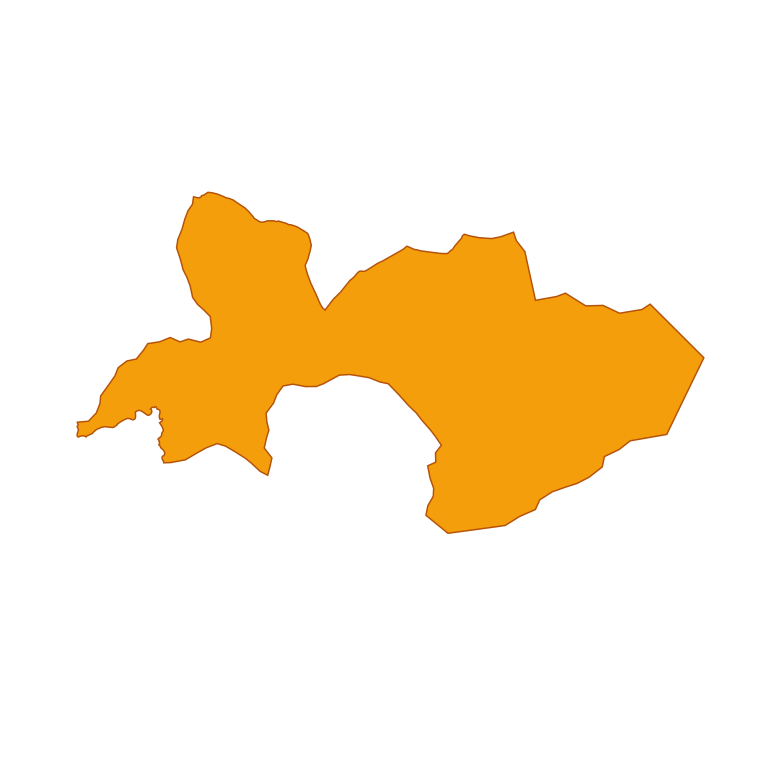 outline of Bahr-Köh, Moyen-Chari, Chad, rotated 124°
{"feature_id": "50815135B48101754695472", "entity_name": "Bahr-Köh", "entity_type": "district", "adm_level": 2, "iso_a3": "TCD", "parent_name": "Chad", "parent_adm1": "Moyen-Chari", "projection": "orthographic", "projection_center": [18.409, 9.514], "detail": "fine", "context": "isolated", "style": "filled", "palette": "amber", "viewbox_px": 768, "rotation_deg": 124, "n_neighbors": 0, "source": "geoboundaries", "source_scale": "gbopen_adm2", "svg_char_len": 5319}
<svg xmlns="http://www.w3.org/2000/svg" viewBox="0 0 768 768"><g transform="rotate(124 384 384)"><path d="M195.5,341.2L191.2,354.3L188.6,357.8L185.7,361.5L196.6,369.5L203.2,376.0L209.4,386.7L213.2,395.6L215.0,401.2L215.4,401.3L216.8,401.6L217.6,401.8L220.1,401.2L222.8,401.7L226.8,402.1L227.4,402.2L229.0,402.4L229.6,402.4L230.2,402.5L231.4,402.5L231.7,402.5L233.7,402.4L235.3,403.0L236.2,403.4L237.4,403.6L239.0,403.9L240.7,404.7L243.9,409.7L245.0,411.8L247.2,416.2L248.9,419.6L249.6,421.0L249.9,421.6L250.6,423.0L251.3,424.4L253.3,428.4L253.6,429.4L253.7,429.8L253.8,430.1L254.1,431.3L254.7,432.5L255.5,434.1L256.4,439.2L256.8,441.2L257.0,442.1L259.4,442.8L259.6,442.8L261.3,443.3L261.6,443.5L263.6,444.4L274.9,450.0L283.1,454.1L288.0,457.0L290.9,458.2L294.2,459.6L294.5,459.7L300.0,462.3L301.4,463.0L303.8,467.0L305.5,467.8L306.0,468.0L306.8,468.1L312.2,468.7L315.1,469.5L317.5,470.2L326.3,470.9L327.4,471.0L330.3,471.3L332.5,471.4L335.5,472.1L339.6,472.9L340.9,473.2L343.3,473.5L346.3,473.8L349.1,473.8L351.3,474.0L355.7,474.1L355.1,477.9L353.8,480.7L352.3,483.3L347.1,491.4L343.9,496.9L342.8,498.7L341.7,500.6L336.3,508.1L335.6,509.0L335.1,509.6L332.3,513.0L331.7,513.7L331.1,514.3L329.8,515.6L329.5,515.8L326.9,516.2L324.8,516.6L322.6,517.1L314.9,519.7L309.7,521.8L308.9,522.7L308.4,523.2L307.6,524.1L305.3,526.5L304.8,527.2L303.5,529.1L302.8,529.7L301.8,532.1L301.8,532.8L301.9,534.8L302.1,540.7L302.2,541.7L302.2,543.2L302.8,546.0L303.0,546.7L303.2,547.3L303.9,549.8L304.4,550.8L305.2,552.2L305.5,554.9L306.7,558.6L307.6,561.5L307.9,562.7L308.1,562.8L308.5,563.1L308.8,563.3L309.3,563.7L309.8,564.9L310.2,566.4L314.0,572.0L316.5,573.9L318.1,575.6L318.2,575.8L318.5,576.5L319.1,578.5L319.2,583.4L319.2,584.4L319.2,584.5L318.8,585.4L318.4,586.3L318.2,587.2L317.8,588.7L317.0,591.5L316.7,592.6L316.1,596.0L316.0,596.6L315.8,597.2L315.8,599.9L315.9,608.3L315.8,610.7L315.8,611.4L315.8,611.7L316.3,614.0L316.6,615.7L317.3,617.3L317.9,619.0L318.1,620.3L318.5,622.8L319.7,628.1L320.0,629.0L321.0,631.9L321.3,632.8L321.9,634.0L323.5,637.1L326.5,638.4L327.4,638.6L327.6,638.6L329.1,639.9L329.9,640.5L331.6,640.4L332.4,641.0L333.6,642.1L335.0,645.8L335.3,646.6L342.0,643.3L349.8,643.4L358.8,641.3L368.6,638.0L379.6,635.7L387.1,632.1L393.9,623.2L401.6,614.4L405.8,607.0L411.2,599.4L419.2,591.1L422.3,582.9L423.3,575.2L425.2,565.8L434.3,557.9L442.8,553.7L451.8,559.3L456.2,571.4L463.2,576.7L465.0,587.2L474.5,593.6L482.6,602.4L490.3,602.3L501.8,603.3L508.8,610.1L519.1,613.5L527.8,611.6L539.2,611.8L552.3,612.2L559.2,608.5L568.9,606.3L580.1,608.2L587.2,616.9L587.3,616.9L588.8,614.7L590.8,614.6L591.4,614.0L591.5,613.9L591.6,613.7L592.2,612.4L593.1,611.6L593.3,611.5L596.7,610.5L598.5,609.5L598.6,609.4L599.0,608.7L598.8,607.6L597.9,607.2L597.4,606.9L596.4,605.9L595.5,604.9L594.6,603.0L594.4,602.7L594.5,601.4L593.1,601.2L591.3,600.1L588.4,598.3L588.2,598.2L585.7,597.8L585.5,597.7L582.4,596.9L577.7,593.8L575.5,591.6L574.7,590.0L572.3,585.6L571.9,584.7L571.3,584.2L570.5,583.6L566.7,582.3L565.9,582.6L563.2,581.4L562.8,581.3L558.9,579.4L556.9,578.1L556.2,577.6L555.8,577.0L555.2,576.2L554.1,572.0L552.6,571.1L551.6,571.1L549.8,571.8L548.2,573.0L546.4,574.4L545.1,573.9L544.7,573.8L542.9,572.6L542.2,570.6L542.0,568.9L542.0,568.7L542.1,565.4L542.1,563.3L541.9,562.0L541.0,561.3L540.5,561.0L538.7,560.6L537.4,560.8L537.2,560.8L536.0,561.6L535.2,562.8L535.4,563.7L535.0,563.6L534.8,563.5L534.6,563.5L534.1,563.5L533.5,563.5L533.1,563.3L532.8,563.1L532.0,561.3L531.3,561.1L530.7,561.0L530.4,560.4L531.3,558.6L531.7,558.0L531.5,557.7L531.2,556.9L531.2,555.4L531.9,554.3L534.9,552.9L535.6,552.8L536.9,551.8L538.3,550.6L538.3,550.3L538.3,550.1L538.4,549.8L538.3,549.7L538.2,549.5L537.8,549.3L537.3,548.9L537.0,548.6L536.7,548.3L537.1,547.8L537.4,547.5L539.1,547.4L541.7,548.4L542.3,546.8L543.3,544.4L544.6,542.5L545.2,541.6L545.5,541.4L546.2,540.8L547.7,540.8L549.0,540.7L551.6,539.5L553.0,539.6L554.1,540.2L554.5,540.3L555.3,540.5L555.5,540.5L556.2,540.4L556.5,539.5L556.5,539.3L556.7,538.7L557.7,538.1L558.3,537.0L560.1,536.7L560.3,536.7L560.3,536.4L560.5,535.8L560.7,534.8L561.7,533.4L562.3,529.5L562.6,529.1L563.3,527.7L564.3,526.9L564.7,526.6L565.6,526.5L566.3,526.4L566.5,526.6L566.8,526.7L567.7,527.2L568.3,527.1L569.2,526.9L569.4,526.6L570.2,525.9L571.5,523.5L572.5,522.5L568.4,516.9L558.0,506.3L546.5,500.8L536.1,495.6L526.7,489.0L524.1,480.6L523.4,468.7L523.1,456.9L523.9,448.9L525.7,437.8L524.7,429.4L516.4,432.3L508.0,435.6L504.0,447.5L494.0,451.4L486.7,453.6L481.0,459.8L474.1,465.5L461.7,464.9L452.7,466.9L442.1,466.6L435.1,459.5L430.0,447.6L423.9,438.7L417.4,434.2L410.2,430.5L401.6,426.0L395.3,417.7L391.0,408.5L387.1,399.9L384.6,388.5L381.4,380.6L384.5,366.0L388.2,351.3L389.9,341.2L392.9,332.2L396.2,319.6L398.9,311.6L402.7,302.2L412.3,302.8L419.8,297.4L427.4,302.0L436.1,293.4L442.7,284.5L449.5,280.4L460.3,279.6L469.4,275.8L472.0,247.5L433.6,204.5L418.1,197.6L403.4,188.3L392.9,190.1L379.2,184.2L368.2,176.0L358.2,168.2L346.4,161.8L330.7,156.7L320.9,160.7L306.8,152.4L293.4,148.1L267.7,121.4L231.2,126.7L183.4,133.5L169.0,208.0L177.0,211.4L178.1,211.9L184.8,219.0L193.6,228.3L196.4,246.4L206.4,260.4L206.5,262.3L207.2,282.1L207.3,284.4L214.3,289.4L214.8,289.7L215.0,289.8L216.4,291.3L229.9,305.2L196.1,340.6L195.8,340.9L195.5,341.2L195.5,341.2Z" fill="#f59e0b" stroke="#b45309" stroke-width="1.5"/></g></svg>